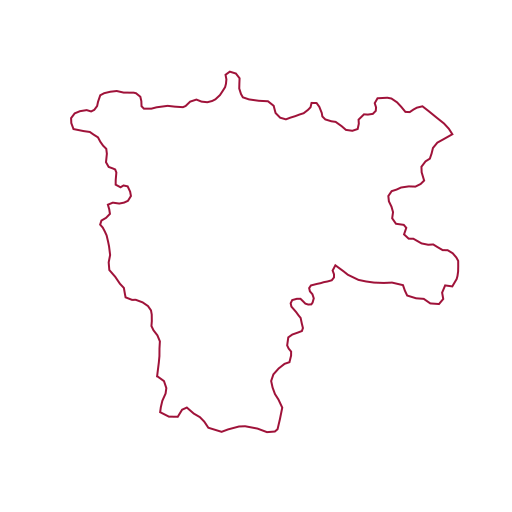 Zel'va, Grodno, Belarus (Mercator projection), rotated 8°
{"feature_id": "67162791B91505134452571", "entity_name": "Zel'va", "entity_type": "district", "adm_level": 2, "iso_a3": "BLR", "parent_name": "Belarus", "parent_adm1": "Grodno", "projection": "mercator", "projection_center": [24.857, 53.119], "detail": "fine", "context": "isolated", "style": "outline", "palette": "rose", "viewbox_px": 512, "rotation_deg": 8, "n_neighbors": 0, "source": "geoboundaries", "source_scale": "gbopen_adm2", "svg_char_len": 3502}
<svg xmlns="http://www.w3.org/2000/svg" viewBox="0 0 512 512"><g transform="rotate(8 256 256)"><path d="M400.0,84.6L394.7,86.7L391.6,89.0L388.2,92.1L383.9,92.5L379.1,88.1L374.3,84.2L368.2,81.2L364.0,81.0L354.4,82.9L352.3,88.1L354.2,92.1L354.4,95.6L351.9,99.0L347.1,100.4L343.2,100.7L338.6,106.7L339.4,110.7L339.0,116.1L334.0,118.6L327.5,118.6L322.7,115.5L316.2,112.1L311.9,112.1L305.6,111.1L302.3,108.6L301.2,105.2L297.9,99.4L294.7,96.1L289.7,96.7L289.3,101.1L287.2,104.0L283.3,108.0L279.5,109.8L275.3,112.1L270.8,114.2L266.6,116.5L260.7,115.7L255.5,111.7L254.5,109.4L252.6,104.8L246.3,101.1L237.2,101.9L227.3,101.9L220.9,100.7L218.6,97.7L216.1,92.5L215.5,87.3L215.0,82.3L210.7,78.1L204.4,77.1L200.6,80.8L202.1,85.2L202.3,89.6L201.9,93.1L200.0,97.3L197.9,101.7L194.0,106.5L191.0,108.6L186.4,110.5L180.6,110.7L175.2,109.4L169.3,112.3L165.4,117.3L162.9,118.8L154.9,119.4L147.6,119.6L142.2,121.1L136.8,122.6L131.8,124.7L124.5,125.7L121.8,123.6L120.9,118.6L119.3,114.4L114.5,111.5L112.1,111.3L102.2,112.6L95.1,112.0L88.9,113.6L83.0,115.9L79.4,118.5L78.1,125.3L77.8,129.6L75.5,133.8L72.6,135.8L68.0,135.1L61.5,137.1L56.6,140.0L53.7,145.2L54.6,150.1L57.6,155.7L68.0,156.3L74.2,156.3L78.1,158.3L83.0,160.5L85.9,164.5L89.2,168.0L92.8,170.7L94.1,175.5L94.4,184.0L97.7,188.3L101.9,189.2L104.5,189.9L106.1,192.8L106.5,200.3L107.1,204.9L112.3,206.8L115.0,204.6L119.2,204.9L122.4,209.8L123.8,214.0L121.5,219.2L117.9,221.5L113.3,223.1L106.8,223.1L102.2,225.8L104.2,230.3L105.5,234.6L102.2,239.1L98.0,242.4L97.3,246.6L100.3,249.2L102.9,252.8L105.2,256.4L107.5,262.3L109.1,266.8L111.4,275.3L111.0,282.8L112.7,290.3L119.5,296.2L125.1,302.4L129.6,306.0L131.6,312.2L132.6,315.1L139.4,316.7L143.0,316.1L150.2,317.7L156.0,320.6L159.6,324.5L160.9,328.5L161.9,335.0L162.2,339.9L164.8,343.8L169.4,348.3L172.7,353.9L173.3,361.1L174.3,368.6L174.6,375.1L174.8,388.9L175.1,388.9L182.3,392.7L185.6,399.3L185.6,404.8L183.4,412.4L182.8,419.0L182.8,424.0L192.1,427.2L200.9,426.1L204.2,418.5L208.6,415.7L216.3,420.7L222.9,423.4L227.8,427.2L232.7,432.7L246.4,434.9L252.5,431.6L262.9,427.2L268.9,426.1L281.5,426.7L291.4,428.9L299.1,427.2L301.4,424.6L301.5,424.0L302.4,414.2L303.1,402.5L298.2,395.0L294.0,390.1L290.7,383.9L288.4,377.7L289.7,370.8L294.1,364.2L299.3,358.8L303.9,356.5L304.6,349.8L304.1,345.8L301.2,343.1L299.3,340.2L299.3,332.1L302.9,328.7L308.1,326.0L311.9,323.9L312.5,320.8L310.8,316.6L308.8,311.1L306.5,309.0L303.5,305.9L298.1,301.2L296.9,298.0L298.0,294.6L302.4,292.7L306.0,292.2L308.9,294.3L311.5,296.3L314.5,296.8L317.5,296.2L318.5,294.3L319.1,289.9L317.2,286.0L314.3,283.5L313.1,280.4L314.5,277.5L320.4,275.1L323.8,273.9L326.7,272.5L330.3,271.3L334.4,269.5L336.2,266.4L335.8,263.3L333.9,259.7L335.9,254.2L344.5,258.8L349.6,261.8L360.8,265.4L368.5,265.9L376.6,265.9L386.3,264.9L394.4,263.4L405.6,264.4L408.2,269.5L411.2,274.1L420.4,275.6L428.1,275.1L435.2,278.7L443.9,278.1L447.4,272.5L445.4,266.4L447.4,258.8L454.6,258.8L457.9,250.9L458.3,247.8L458.3,243.2L457.7,238.2L456.9,232.7L454.6,229.6L450.4,225.9L445.0,223.6L440.0,224.2L434.2,221.8L429.9,219.9L425.0,220.9L418.2,220.5L409.4,217.0L404.8,217.6L399.6,214.0L400.9,207.2L398.0,204.6L390.1,204.6L385.6,199.7L385.6,193.5L383.3,188.3L380.0,183.4L378.7,178.2L381.3,172.9L385.9,170.7L390.1,168.0L397.6,165.8L404.2,165.1L409.0,161.8L412.0,157.9L408.4,150.1L407.4,144.6L410.7,138.7L414.6,135.4L415.6,130.2L416.2,124.4L419.8,118.5L425.0,114.6L433.5,108.1L429.3,103.2L423.7,98.6L415.9,94.0L406.8,88.5L400.0,84.6Z" fill="none" stroke="#9f1239" stroke-width="2"/></g></svg>